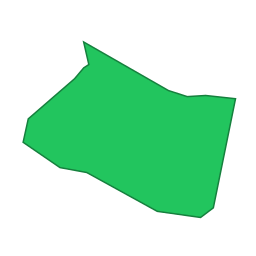 an SVG outline of Ljubno, rotated 100°
{"feature_id": "SVN-963", "entity_name": "Ljubno", "entity_type": "Municipality", "adm_level": 1, "iso_a3": "SVN", "parent_name": "Slovenia", "parent_adm1": "", "projection": "mercator", "projection_center": [14.843, 46.37], "detail": "fine", "context": "isolated", "style": "filled", "palette": "green", "viewbox_px": 256, "rotation_deg": 100, "n_neighbors": 0, "source": "natural_earth", "source_scale": "10m", "svg_char_len": 347}
<svg xmlns="http://www.w3.org/2000/svg" viewBox="0 0 256 256"><g transform="rotate(100 128 128)"><path d="M191.8,30.1L203.5,41.0L205.0,84.7L179.0,160.9L178.8,188.1L160.3,228.8L136.3,227.8L88.8,189.2L76.4,182.0L72.3,177.6L51.0,186.6L84.1,94.7L86.8,75.1L82.5,57.2L80.5,27.2L191.8,30.1Z" fill="#22c55e" stroke="#15803d" stroke-width="1.5"/></g></svg>